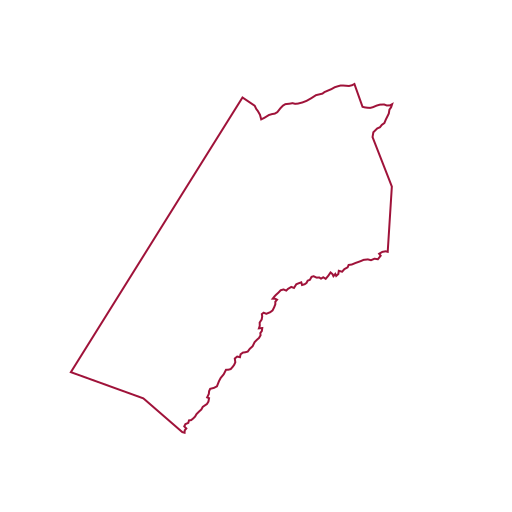 Bertolínia, Piauí, Brazil, rotated 36°
{"feature_id": "56859067B83660365010269", "entity_name": "Bertolínia", "entity_type": "district", "adm_level": 2, "iso_a3": "BRA", "parent_name": "Brazil", "parent_adm1": "Piauí", "projection": "natural_earth1", "projection_center": [-43.815, -7.746], "detail": "fine", "context": "isolated", "style": "outline", "palette": "rose", "viewbox_px": 512, "rotation_deg": 36, "n_neighbors": 0, "source": "geoboundaries", "source_scale": "gbopen_adm2", "svg_char_len": 2255}
<svg xmlns="http://www.w3.org/2000/svg" viewBox="0 0 512 512"><g transform="rotate(36 256 256)"><path d="M325.1,120.0L318.6,115.8L280.4,91.3L278.2,86.9L279.1,81.5L280.6,79.0L280.7,76.0L281.7,73.0L280.8,69.2L280.3,66.1L279.7,62.7L277.9,59.1L277.9,56.3L276.9,53.2L275.8,55.5L273.2,57.4L270.6,58.1L267.3,60.7L265.2,63.4L263.1,66.9L261.4,69.0L259.1,70.5L256.7,71.8L254.5,72.7L234.5,59.0L233.4,61.3L231.3,63.8L226.4,66.8L224.1,68.5L222.2,70.9L220.5,73.2L219.0,76.5L215.1,83.0L214.3,85.6L210.0,90.6L207.9,96.0L205.7,100.8L203.3,104.5L200.3,108.1L198.2,109.9L195.7,110.9L193.8,112.9L190.5,115.9L189.4,118.5L188.9,122.0L188.7,127.1L187.5,129.8L185.6,131.7L183.6,134.3L181.5,139.4L179.9,142.4L176.2,139.4L172.2,137.6L169.8,136.9L166.6,135.2L151.9,135.7L159.8,249.7L160.8,263.7L174.5,458.8L248.5,437.4L251.3,437.6L299.9,441.8L302.1,441.0L300.8,438.9L301.0,436.5L298.1,436.0L297.7,433.5L299.3,430.8L298.4,428.4L300.0,426.9L300.7,424.3L301.1,421.7L300.8,418.9L301.4,415.1L302.0,412.3L301.6,409.3L303.3,404.6L303.1,401.8L301.6,398.6L299.6,399.1L298.9,395.3L297.5,392.9L297.0,390.4L299.5,387.4L301.0,384.4L299.6,378.9L299.1,375.4L299.4,370.6L298.6,365.7L300.4,364.3L302.0,362.4L302.3,359.2L302.3,356.8L301.7,354.1L299.1,351.4L299.9,348.4L302.5,347.3L301.3,344.6L302.2,341.8L303.8,340.3L305.5,338.2L305.5,334.8L306.3,331.0L305.5,326.5L306.0,323.2L306.6,320.6L306.3,317.5L304.8,315.8L304.8,313.2L303.4,310.6L300.9,312.8L300.1,310.3L298.1,307.7L297.9,304.0L296.5,301.2L294.9,299.6L295.5,297.4L298.3,296.7L300.5,293.2L301.4,290.3L300.8,286.7L300.0,283.7L298.5,281.6L298.7,279.0L296.7,279.3L294.6,280.7L294.7,277.9L295.0,275.7L295.7,272.4L296.1,269.2L297.9,266.9L300.8,266.2L301.2,263.8L302.7,260.3L305.5,259.5L305.2,255.2L306.4,253.2L308.1,250.7L310.3,252.4L312.0,250.2L312.7,248.1L312.3,245.6L313.6,243.6L313.2,240.2L314.5,238.5L317.7,237.9L319.8,236.2L321.9,236.1L322.9,233.7L325.8,233.5L326.1,229.5L326.0,225.5L328.5,225.7L330.5,226.8L330.7,223.9L332.6,225.0L333.2,222.2L331.7,219.3L334.9,218.1L335.2,214.7L336.8,211.3L336.2,208.8L338.5,206.6L340.7,203.0L342.5,200.4L343.9,198.3L345.3,195.9L348.5,193.0L351.5,191.8L353.5,188.5L356.5,187.0L356.7,182.5L354.3,181.8L355.8,178.4L358.1,176.0L360.1,175.2L325.1,120.0Z" fill="none" stroke="#9f1239" stroke-width="2"/></g></svg>